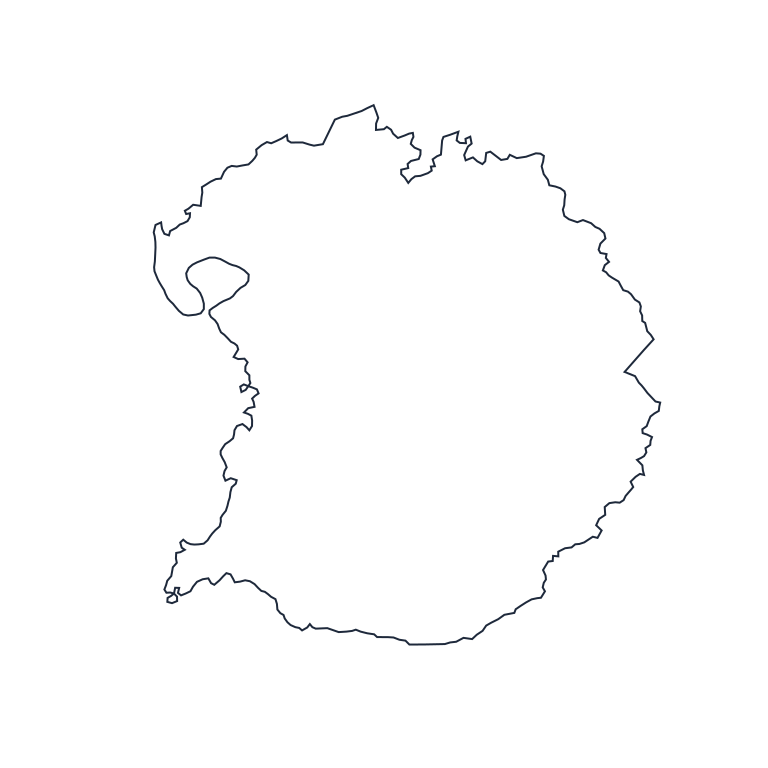 São Mateus do Sul, Paraná, Brazil, rotated 73°
{"feature_id": "56859067B3883184769095", "entity_name": "São Mateus do Sul", "entity_type": "district", "adm_level": 2, "iso_a3": "BRA", "parent_name": "Brazil", "parent_adm1": "Paraná", "projection": "orthographic", "projection_center": [-50.464, -25.928], "detail": "fine", "context": "isolated", "style": "outline", "palette": "slate", "viewbox_px": 768, "rotation_deg": 73, "n_neighbors": 0, "source": "geoboundaries", "source_scale": "gbopen_adm2", "svg_char_len": 5807}
<svg xmlns="http://www.w3.org/2000/svg" viewBox="0 0 768 768"><g transform="rotate(73 384 384)"><path d="M599.8,267.7L595.3,266.4L594.0,258.9L595.1,252.4L593.2,248.0L594.1,243.9L594.0,238.8L591.1,229.0L593.6,224.8L587.7,218.7L581.1,222.4L575.9,217.7L573.8,210.7L566.2,208.9L563.8,203.3L564.7,197.4L566.4,193.3L565.1,188.8L561.7,185.7L559.6,182.4L557.5,179.0L555.4,175.8L549.5,176.7L546.3,170.5L544.8,165.6L547.0,161.9L542.3,161.7L537.3,160.7L530.5,164.2L529.9,160.1L529.0,156.4L526.1,153.1L521.8,152.7L520.1,147.2L516.3,145.7L513.1,143.2L509.2,147.3L506.6,151.0L502.8,150.2L501.1,145.1L497.3,142.2L493.0,138.7L491.2,134.0L490.1,129.1L485.8,127.2L482.5,125.3L480.1,129.5L469.6,134.7L464.1,136.7L460.7,138.1L457.2,139.9L449.9,141.6L442.8,150.4L427.4,125.4L420.1,113.1L415.1,114.5L410.5,116.8L401.9,116.4L399.3,118.6L393.9,117.1L389.3,117.8L384.9,115.7L380.7,115.9L376.6,119.4L370.4,121.5L367.0,123.7L364.2,127.8L358.9,128.9L354.6,129.7L348.9,134.9L345.8,137.4L342.1,138.9L339.4,141.5L334.9,138.1L333.0,133.1L328.3,135.0L324.8,133.2L322.0,138.7L318.3,139.5L313.0,136.0L309.6,129.7L304.1,129.3L298.6,132.5L295.6,136.0L290.8,138.9L285.4,145.8L285.8,151.8L280.5,159.0L276.0,162.4L269.6,162.0L265.8,159.4L260.2,157.3L256.1,155.3L252.5,155.1L248.4,158.1L245.3,162.3L242.3,167.8L236.6,167.6L230.0,169.9L221.9,169.6L217.8,166.8L212.6,164.4L209.5,167.0L207.8,171.3L208.2,181.7L206.8,191.0L201.6,196.7L204.8,200.2L204.0,206.5L192.9,214.4L192.9,218.7L200.6,222.1L202.5,225.6L198.3,229.7L193.3,232.7L194.0,240.5L188.5,240.4L181.5,234.3L179.7,229.9L172.7,229.2L173.4,234.4L177.7,235.2L175.6,241.0L172.3,243.3L168.6,241.5L164.5,239.1L165.0,248.0L165.1,254.9L168.1,257.2L181.3,262.5L181.7,266.7L183.4,271.8L190.6,271.7L189.8,275.6L193.9,276.0L195.2,280.4L195.6,288.3L194.5,293.5L196.1,297.9L198.8,302.0L192.7,303.8L188.4,306.2L184.1,304.9L184.6,297.7L180.5,297.1L178.6,293.0L179.0,285.0L175.3,282.1L171.1,280.7L166.9,285.7L162.2,288.2L158.9,286.1L156.3,283.6L152.3,283.0L151.9,286.7L152.4,291.6L152.8,298.8L147.3,302.1L142.9,302.9L138.9,306.1L140.3,309.6L138.7,317.4L132.6,315.4L127.8,311.7L122.1,311.9L114.3,312.4L115.3,319.5L116.4,325.6L116.8,340.7L116.2,345.8L116.8,353.7L136.8,372.3L135.6,381.3L133.3,385.2L129.2,391.2L125.9,402.3L123.0,404.9L117.6,404.1L119.3,410.1L120.2,416.2L120.8,421.5L118.4,425.2L119.8,431.2L122.5,437.7L127.5,438.7L130.0,441.4L132.1,444.7L134.4,449.4L133.6,455.6L133.0,461.2L130.9,465.9L131.4,470.5L134.3,474.9L139.9,479.9L138.9,484.8L139.8,490.7L141.2,495.6L142.5,500.6L147.9,501.8L151.7,503.7L160.1,507.2L156.8,514.1L159.2,519.8L160.1,523.8L163.6,523.5L164.0,519.6L167.8,521.0L170.8,524.3L171.6,528.8L171.8,532.7L173.9,537.0L175.2,543.8L179.0,546.2L176.2,550.1L171.1,550.9L167.7,550.5L164.3,549.9L165.1,556.0L171.7,559.9L175.8,560.1L181.3,561.1L186.7,562.6L193.7,565.1L199.8,567.3L205.1,569.7L209.1,570.5L213.8,570.1L218.1,569.7L222.0,568.9L226.0,567.9L230.0,566.8L233.8,566.6L238.8,565.8L242.1,564.3L245.6,562.3L248.9,561.0L254.0,558.8L258.8,555.7L261.2,551.4L261.9,547.8L262.7,543.6L262.8,538.6L259.7,534.4L254.5,532.8L248.3,532.6L243.2,533.2L238.0,535.2L234.7,538.0L231.6,540.0L227.4,541.4L224.0,541.4L220.3,540.8L215.9,536.7L213.9,532.2L213.0,527.3L212.4,519.7L212.1,514.0L213.7,508.7L216.6,504.0L220.5,500.1L223.8,496.9L226.0,494.1L227.9,490.9L230.2,488.2L234.4,484.5L239.8,481.4L245.7,483.6L248.8,487.7L250.1,493.1L252.7,498.4L255.8,502.7L257.1,506.3L257.8,513.3L258.8,517.8L260.1,521.5L261.2,525.6L262.6,529.3L265.9,530.5L269.3,529.9L273.7,527.0L278.0,525.6L282.7,525.4L286.9,524.8L290.3,522.3L294.7,520.0L298.9,518.0L301.5,515.2L304.4,513.3L308.3,513.3L311.1,516.4L314.2,519.9L317.5,516.2L319.0,510.0L323.4,508.1L326.7,511.4L331.2,512.9L336.3,510.2L340.6,511.5L344.0,511.5L346.4,514.4L349.1,510.6L352.0,507.1L356.3,506.7L357.6,510.8L359.4,514.4L362.9,513.9L368.0,514.5L367.4,520.9L370.3,526.2L372.7,522.9L375.5,520.1L380.4,520.8L385.6,522.5L388.9,526.3L385.0,528.1L380.9,531.1L381.2,536.9L384.5,540.5L388.5,542.2L391.8,544.2L393.6,548.5L395.1,553.5L397.9,557.0L400.3,559.8L403.6,560.8L407.5,560.2L412.1,559.2L417.7,558.8L420.7,562.0L424.7,564.3L430.1,563.9L429.3,558.1L432.9,553.0L436.0,554.9L438.2,559.8L442.5,562.5L447.5,564.7L450.9,567.1L454.7,569.3L459.0,572.3L461.9,576.6L464.3,579.3L468.0,580.3L472.1,582.8L474.5,588.1L476.8,592.0L479.0,595.0L481.9,598.4L484.0,603.1L483.1,608.3L482.1,612.3L480.6,615.8L478.0,619.0L474.2,621.5L476.0,625.2L481.4,625.3L484.3,623.0L485.3,627.9L484.8,632.1L490.0,634.0L494.4,634.4L497.5,639.5L502.4,642.0L505.5,643.6L508.8,648.8L512.6,651.2L516.3,654.1L520.0,653.1L520.9,649.4L523.0,646.1L517.8,643.3L519.1,639.5L523.5,642.1L526.8,639.9L526.4,635.0L525.6,629.7L522.0,625.9L518.5,620.7L517.7,614.5L518.5,608.8L523.9,607.6L526.4,605.0L523.6,598.6L520.9,594.1L518.8,590.0L521.2,586.4L526.1,585.3L530.0,584.7L530.9,579.5L531.1,574.2L533.4,569.9L537.5,566.3L542.2,564.0L546.0,561.8L547.9,558.7L551.0,556.4L554.5,554.2L558.0,550.7L563.0,550.7L568.5,551.9L572.9,550.1L575.5,547.6L579.2,547.5L583.6,546.0L587.2,543.8L590.6,539.9L592.5,536.4L595.7,534.4L594.4,528.6L591.9,525.1L595.6,523.6L598.0,520.8L600.9,509.6L605.2,503.7L608.0,499.9L609.8,492.4L610.8,486.7L610.7,482.8L614.0,478.7L617.5,472.9L620.5,466.6L624.0,464.6L627.2,454.3L629.2,449.0L633.1,444.0L635.7,438.5L640.6,435.9L645.1,420.8L650.5,401.8L650.5,396.3L651.6,390.3L650.0,382.2L653.7,374.3L650.9,368.6L648.9,361.9L644.9,356.9L643.6,351.2L642.3,343.5L639.9,336.4L641.0,326.3L637.9,323.9L636.1,318.1L634.4,312.0L633.1,305.8L633.6,300.1L634.3,296.4L629.3,290.7L624.9,291.7L620.8,289.3L618.3,286.3L614.4,285.5L608.4,286.3L601.8,278.9L602.6,274.4L597.8,272.6L599.8,267.7ZM523.0,646.1L524.4,649.6L525.3,653.5L529.0,654.9L531.6,650.8L531.1,645.3L526.8,644.1L523.0,646.1ZM346.4,514.4L343.4,518.2L344.5,522.3L350.0,522.7L349.2,518.0L346.4,514.4Z" fill="none" stroke="#1e293b" stroke-width="2"/></g></svg>